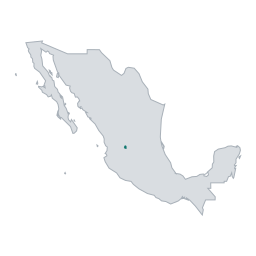 Apulco, Zacatecas, Mexico (highlighted)
{"feature_id": "50627088B1101262479506", "entity_name": "Apulco", "entity_type": "district", "adm_level": 2, "iso_a3": "MEX", "parent_name": "Mexico", "parent_adm1": "Zacatecas", "projection": "equal_earth", "projection_center": [-102.688, 21.456], "detail": "fine", "context": "in_parent", "style": "filled", "palette": "teal", "viewbox_px": 256, "rotation_deg": 0, "n_neighbors": 0, "source": "geoboundaries", "source_scale": "gbopen_adm2", "svg_char_len": 3997}
<svg xmlns="http://www.w3.org/2000/svg" viewBox="0 0 256 256"><path d="M25.9,42.7L42.5,41.0L41.7,42.9L67.5,53.8L87.1,53.8L87.2,49.6L99.4,49.7L101.5,52.7L109.9,60.7L111.9,67.5L113.5,70.1L121.5,75.4L124.0,73.4L126.0,68.4L128.4,67.3L134.2,68.2L139.0,73.7L142.3,81.8L147.9,89.1L148.3,93.7L150.8,99.5L163.2,105.0L164.8,104.1L161.3,119.1L160.3,137.1L160.9,141.0L164.2,146.3L163.6,149.1L163.7,146.3L161.0,141.8L161.9,145.9L165.2,154.5L170.6,162.7L171.9,167.8L175.7,173.1L174.7,173.0L176.8,174.2L176.1,173.5L180.0,174.1L182.9,175.9L185.4,179.3L191.9,176.8L196.8,176.4L200.0,174.4L203.4,174.0L204.1,174.7L203.9,175.8L206.6,176.5L208.5,174.9L207.9,172.2L207.0,172.8L207.2,172.3L212.2,167.8L212.4,164.1L213.8,162.0L213.7,156.0L214.6,151.6L218.3,149.1L225.1,147.7L228.0,146.2L231.3,145.9L236.8,147.4L237.2,146.4L235.8,146.4L237.6,145.7L239.9,147.7L240.4,150.3L239.4,153.8L236.0,159.2L236.0,162.8L234.3,165.0L234.6,165.8L236.2,165.5L234.6,167.8L234.6,168.7L235.7,168.4L233.8,177.5L233.3,178.3L232.1,176.2L231.7,172.8L230.2,176.3L228.5,176.6L226.6,181.3L224.2,181.3L224.1,182.8L210.7,182.8L210.8,188.3L207.8,188.3L215.2,196.8L215.1,199.9L205.6,199.9L202.4,207.8L203.3,209.7L202.3,215.0L195.3,206.0L189.7,200.1L186.3,197.8L185.9,198.4L189.1,200.4L184.2,198.6L184.5,197.2L183.2,197.8L182.4,196.5L181.6,197.9L183.2,198.5L180.7,198.9L178.4,200.9L170.7,204.0L165.8,201.5L161.6,200.9L158.8,198.6L156.0,197.6L154.2,195.3L147.4,193.5L138.9,188.8L133.4,184.4L131.1,181.4L125.4,180.4L120.0,177.8L116.6,172.9L109.1,168.2L105.2,161.7L103.9,157.7L106.9,155.8L106.4,154.1L105.1,153.6L107.0,150.6L107.3,147.0L105.7,145.8L104.1,142.2L104.2,138.9L103.2,136.0L98.8,130.5L95.1,124.0L89.2,118.3L90.9,119.4L91.0,118.1L87.9,116.9L85.6,112.5L87.2,112.6L82.7,109.6L82.1,108.1L80.4,108.7L80.1,108.0L81.4,106.3L79.2,107.6L77.9,106.3L77.6,103.4L79.3,100.8L79.9,101.3L78.8,98.7L77.4,97.0L75.4,97.1L74.2,93.5L71.8,92.7L70.5,91.2L69.6,88.1L70.2,86.1L66.1,85.1L59.0,75.3L58.7,72.9L57.6,72.2L53.3,60.1L53.0,56.4L53.6,55.2L49.6,53.6L48.7,51.7L47.5,51.0L46.0,52.2L40.8,48.5L41.6,50.9L40.8,55.4L41.9,59.0L42.7,65.9L48.0,72.0L49.6,76.1L50.5,76.0L50.9,77.2L51.7,77.3L52.4,80.0L53.9,80.9L54.7,86.5L57.4,89.3L58.3,92.5L59.6,93.5L60.5,97.3L61.6,98.2L61.0,95.4L62.6,97.0L64.3,105.7L66.1,108.2L68.4,114.5L68.0,117.2L68.5,119.6L70.6,121.9L71.4,119.5L77.2,127.8L76.6,130.9L74.2,133.2L72.9,133.4L70.5,126.6L61.3,117.5L60.4,117.6L58.5,114.8L58.2,112.8L58.8,108.6L58.1,104.6L56.7,101.7L52.3,98.2L51.4,94.8L50.6,96.2L48.2,96.9L46.6,94.6L42.4,92.2L41.8,90.2L38.7,87.3L38.5,86.3L41.7,86.9L43.7,86.0L43.6,86.9L45.2,87.9L44.7,85.6L43.9,85.5L45.6,80.8L39.7,72.2L34.7,68.4L33.9,66.5L34.0,63.3L32.8,62.3L32.5,58.7L30.9,57.1L30.8,55.0L28.6,51.6L28.3,50.1L29.1,49.0L27.6,47.6L25.9,42.7ZM58.8,75.4L58.2,77.6L56.5,76.9L57.3,73.5L58.2,73.2L58.8,75.4ZM52.1,75.0L49.8,72.6L49.2,70.1L50.4,70.9L50.7,72.3L51.8,72.6L52.1,75.0ZM239.5,158.5L238.9,157.7L239.1,156.7L240.6,155.8L239.5,158.5ZM58.6,117.6L56.9,115.3L58.0,110.5L57.7,114.8L58.6,117.6ZM37.6,84.2L36.3,83.9L37.3,81.4L37.8,83.2L37.6,84.2ZM16.4,76.0L15.4,74.4L15.6,73.7L16.0,73.7L16.4,76.0ZM60.0,117.7L61.0,119.5L58.9,117.7L60.0,117.7ZM98.0,145.8L97.7,146.6L97.2,146.3L97.0,145.0L98.0,145.8ZM69.1,112.9L69.5,114.3L68.4,112.5L69.1,112.9ZM65.2,103.4L65.8,104.0L64.8,105.3L65.2,103.4ZM65.6,173.7L65.2,173.9L64.6,173.3L65.1,172.5L65.6,173.7ZM205.7,174.0L204.5,174.4L206.5,173.5L205.7,174.0ZM74.7,121.1L74.1,120.9L74.0,119.5L74.7,121.1Z" fill="#d9dde1" stroke="#a8b0b8" stroke-width="1"/><path d="M125.5,148.5L125.5,148.4L125.7,148.2L125.8,148.2L125.8,147.9L125.7,147.9L125.7,147.7L125.7,147.8L125.7,147.7L125.7,147.4L125.8,147.4L125.8,147.2L125.8,147.3L125.7,147.3L125.7,147.2L125.8,147.1L125.9,146.9L125.8,146.7L125.7,146.6L125.4,146.5L125.4,146.4L125.4,146.2L125.2,146.2L125.1,146.3L125.0,146.5L125.0,146.8L124.9,146.9L124.9,147.0L125.0,147.2L125.0,147.3L125.3,147.3L125.4,147.5L125.4,147.8L125.1,147.9L125.2,148.0L125.3,148.0L125.4,148.3L125.5,148.4L125.5,148.5Z" fill="#14b8a6" stroke="#0f766e" stroke-width="1.5"/></svg>